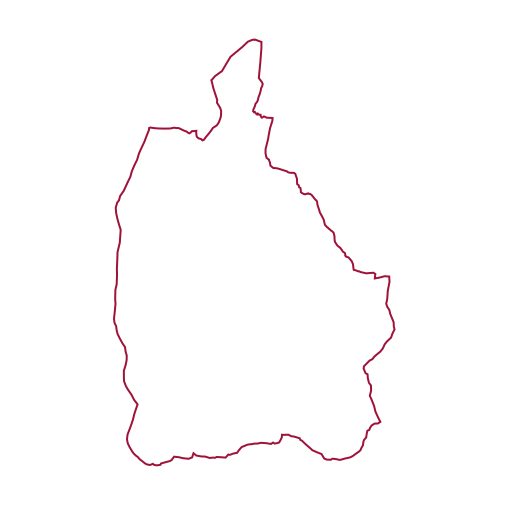 the district of Tabora Urban, Tabora, United Republic of Tanzania, rotated 4°
{"feature_id": "72390352B61754038708822", "entity_name": "Tabora Urban", "entity_type": "district", "adm_level": 2, "iso_a3": "TZA", "parent_name": "United Republic of Tanzania", "parent_adm1": "Tabora", "projection": "mercator", "projection_center": [32.813, -4.941], "detail": "fine", "context": "isolated", "style": "outline", "palette": "rose", "viewbox_px": 512, "rotation_deg": 4, "n_neighbors": 0, "source": "geoboundaries", "source_scale": "gbopen_adm2", "svg_char_len": 4731}
<svg xmlns="http://www.w3.org/2000/svg" viewBox="0 0 512 512"><g transform="rotate(4 256 256)"><path d="M140.4,136.2L140.5,137.5L138.4,144.1L136.6,150.1L134.2,156.2L132.1,161.9L130.7,168.3L128.2,174.4L126.2,180.3L125.1,185.9L123.1,190.7L121.0,196.3L119.5,200.2L116.3,205.6L115.4,210.1L113.8,212.4L112.7,217.8L113.6,223.4L115.4,229.3L117.4,234.8L119.2,239.3L119.2,252.2L117.6,261.7L117.9,269.8L118.1,278.4L118.7,284.7L119.0,294.0L118.1,299.4L118.5,308.5L119.2,313.7L118.9,324.1L118.7,328.8L119.0,329.8L119.0,330.0L119.6,332.7L121.4,335.8L122.1,339.5L122.2,339.8L123.4,343.5L125.9,347.8L129.0,352.6L131.7,356.0L132.6,360.5L134.0,364.3L134.2,368.6L134.0,370.6L133.5,374.1L132.2,379.7L132.6,385.6L133.1,390.1L135.3,394.9L137.8,398.5L141.4,403.0L144.3,407.8L145.7,409.5L145.8,409.5L148.2,412.3L147.0,416.8L145.5,422.7L144.8,427.2L143.4,432.7L142.1,437.2L140.3,443.1L140.1,448.0L141.2,451.9L143.0,455.1L145.0,458.0L146.8,460.5L148.6,462.3L150.4,463.7L152.2,464.8L153.3,466.1L155.3,467.7L157.3,468.9L159.8,470.7L161.4,471.4L163.8,471.8L165.1,471.8L167.6,470.5L168.7,471.4L171.7,471.8L175.3,470.9L175.7,469.6L180.2,468.0L184.3,466.6L186.0,465.5L188.3,461.9L193.0,462.1L197.5,462.8L202.9,463.0L206.3,461.4L207.4,457.1L210.3,459.2L215.5,459.8L219.1,459.6L223.8,460.7L227.2,460.1L229.4,460.1L230.8,459.2L239.8,459.2L242.2,456.0L243.8,456.2L247.2,454.6L250.8,453.7L252.6,450.8L255.0,447.6L260.9,444.7L265.8,443.8L267.2,443.3L270.1,443.1L274.1,442.0L279.1,442.0L284.2,442.4L286.0,440.9L287.6,441.8L289.9,441.3L292.1,440.4L293.5,437.5L294.4,435.0L294.4,432.5L296.4,432.5L300.7,432.0L304.0,433.4L306.3,433.4L312.3,434.8L313.0,436.3L315.0,437.2L316.8,438.8L319.7,441.1L323.3,443.8L325.8,445.8L330.1,447.4L335.2,449.0L338.2,453.3L341.1,454.2L344.9,454.0L346.3,452.9L348.3,452.9L350.8,453.1L352.8,453.5L354.3,453.5L357.3,452.4L359.3,451.7L363.8,450.4L366.5,448.8L369.4,446.3L372.3,444.0L373.7,442.5L374.6,440.0L375.9,437.3L376.1,433.6L376.8,431.6L378.6,429.3L378.8,425.9L379.3,422.5L381.1,421.6L381.8,419.4L383.3,416.9L386.0,414.9L389.2,414.6L391.6,412.8L389.2,408.8L386.0,402.9L384.2,397.2L381.5,391.6L379.3,387.5L380.2,382.3L379.7,377.1L377.5,374.6L376.1,370.1L375.5,366.2L373.5,365.3L371.2,360.8L371.4,358.5L376.6,352.4L379.3,350.8L381.1,348.1L383.8,345.4L386.7,342.7L389.0,339.3L390.5,335.2L392.3,332.5L394.1,330.5L396.4,328.0L396.8,326.6L397.5,323.9L399.3,319.6L398.4,316.7L397.9,312.4L393.9,304.3L392.8,300.6L390.5,297.5L389.2,294.5L389.9,290.0L389.9,281.6L391.0,272.4L390.3,267.2L385.8,267.2L380.4,269.0L376.1,270.1L376.3,265.6L374.3,264.5L367.1,265.6L366.6,265.5L361.3,264.7L360.1,264.1L359.1,264.2L356.8,263.4L354.5,263.0L354.2,262.1L353.4,257.8L353.3,257.3L352.3,255.4L351.8,254.4L351.3,253.9L348.3,250.9L348.2,250.9L345.9,250.4L345.4,249.6L345.2,249.5L345.3,249.4L344.5,246.8L342.5,245.7L339.7,242.2L336.4,239.9L334.1,236.8L333.9,236.6L333.9,236.4L333.3,234.8L332.9,230.8L331.9,227.6L330.5,226.2L329.6,225.8L327.9,224.4L326.4,223.5L326.3,223.2L325.4,222.5L325.0,222.4L322.6,220.1L322.2,219.0L321.1,215.2L320.1,213.5L319.9,213.1L316.6,208.0L316.0,206.1L313.8,200.9L313.2,198.0L312.6,196.6L311.1,195.5L309.7,193.9L307.2,191.2L305.6,190.3L304.8,190.3L303.7,189.9L303.5,190.3L302.5,190.3L300.8,191.0L300.7,190.9L299.5,190.9L297.5,190.0L296.3,189.2L296.0,186.6L295.5,185.0L294.3,184.4L293.6,182.4L292.6,181.8L292.0,181.3L291.7,178.1L291.4,175.8L290.1,172.9L289.5,171.3L288.1,170.4L284.4,170.6L282.2,170.3L281.0,169.4L276.3,168.3L272.8,167.4L270.2,167.0L267.1,167.0L264.1,164.9L263.4,161.8L262.4,159.8L262.2,159.0L259.7,157.4L259.5,156.5L259.2,156.1L258.3,152.6L258.1,148.6L258.7,145.3L259.9,138.5L260.2,135.0L261.1,127.5L262.9,120.0L262.9,117.2L260.4,117.2L257.2,117.3L254.2,116.2L252.3,117.6L251.1,116.6L250.7,114.8L249.1,114.8L247.9,113.8L247.2,114.8L246.5,114.3L244.8,112.4L244.1,112.8L243.0,111.8L243.3,109.6L244.4,106.8L244.8,104.4L246.1,102.5L246.9,100.8L247.2,98.6L247.6,96.8L248.3,94.7L249.1,91.0L249.4,88.2L250.3,86.2L250.7,83.8L249.4,81.7L247.9,80.0L246.5,78.4L246.4,78.1L246.8,62.6L246.9,48.4L246.5,42.1L240.0,40.2L239.6,40.5L238.4,40.3L236.7,40.9L232.9,42.8L227.7,48.5L216.7,59.0L214.7,62.9L209.0,74.2L207.8,75.0L202.5,79.5L199.5,83.6L199.2,83.8L199.6,84.8L202.0,92.2L206.4,103.0L206.4,105.8L208.4,108.6L210.0,110.9L211.1,113.7L211.3,118.2L211.0,120.5L210.3,123.0L209.3,125.9L207.7,128.5L204.1,131.2L202.5,134.0L201.0,136.3L197.6,141.0L195.9,143.7L194.5,144.4L193.4,143.3L190.5,142.6L189.0,141.5L188.3,140.3L188.0,138.5L187.6,136.1L187.7,135.3L185.1,135.8L183.5,135.9L182.0,137.6L180.9,138.3L179.3,137.6L178.1,136.7L175.9,136.1L173.3,135.1L170.0,133.8L167.2,133.9L165.4,133.7L161.5,134.8L161.4,134.8L155.9,135.3L149.4,135.6L144.8,135.5L141.8,135.2L140.5,135.7L140.4,136.2Z" fill="none" stroke="#9f1239" stroke-width="2"/></g></svg>